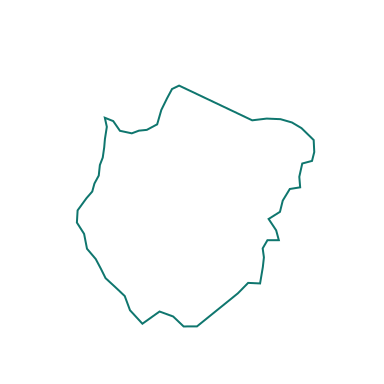 outline of Anhanguera, Goiás, Brazil, rotated 318°
{"feature_id": "56859067B76787904233640", "entity_name": "Anhanguera", "entity_type": "district", "adm_level": 2, "iso_a3": "BRA", "parent_name": "Brazil", "parent_adm1": "Goiás", "projection": "natural_earth1", "projection_center": [-48.225, -18.31], "detail": "fine", "context": "isolated", "style": "outline", "palette": "teal", "viewbox_px": 384, "rotation_deg": 318, "n_neighbors": 0, "source": "geoboundaries", "source_scale": "gbopen_adm2", "svg_char_len": 867}
<svg xmlns="http://www.w3.org/2000/svg" viewBox="0 0 384 384"><g transform="rotate(318 192 192)"><path d="M181.4,305.5L194.4,295.2L201.7,288.7L206.8,281.2L215.8,278.3L224.3,285.9L228.9,276.8L230.9,263.3L244.1,265.6L253.7,259.1L266.7,255.2L275.5,260.9L281.9,252.5L293.0,244.6L302.0,249.2L309.6,244.1L317.2,234.8L316.1,217.8L312.8,207.2L306.5,197.1L296.6,187.4L284.7,179.0L253.6,104.3L246.1,102.1L236.1,105.7L224.1,110.5L211.4,118.4L200.0,115.6L193.6,110.9L186.5,108.1L179.4,98.3L180.9,86.6L176.9,78.5L172.3,86.6L162.7,94.4L156.6,100.1L148.7,106.7L141.6,110.3L133.7,117.4L125.2,120.4L118.2,124.9L109.4,126.0L94.7,129.1L86.0,137.7L83.8,150.9L76.0,163.9L75.6,177.4L72.9,188.2L70.1,198.2L71.3,210.8L72.4,224.3L66.8,238.4L67.0,256.7L87.9,259.1L94.7,271.9L95.8,286.3L105.8,295.2L158.3,298.0L172.9,297.1L181.4,305.5Z" fill="none" stroke="#0f766e" stroke-width="2"/></g></svg>